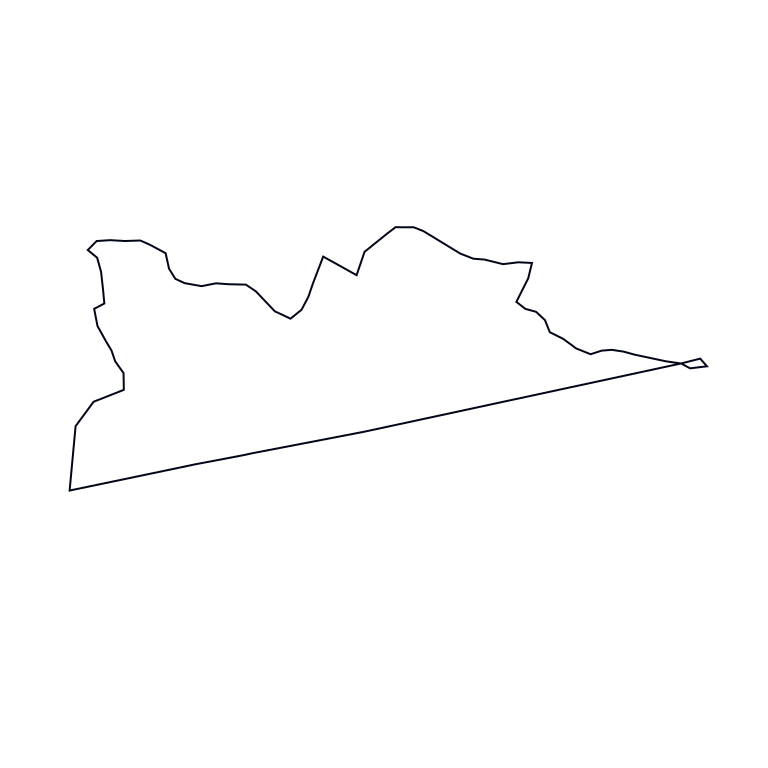 Vera Cruz, Rio Grande do Norte, Brazil, rotated 190°
{"feature_id": "56859067B57046427272497", "entity_name": "Vera Cruz", "entity_type": "district", "adm_level": 2, "iso_a3": "BRA", "parent_name": "Brazil", "parent_adm1": "Rio Grande do Norte", "projection": "albers", "projection_center": [-35.443, -6.033], "detail": "fine", "context": "isolated", "style": "outline", "palette": "ink", "viewbox_px": 768, "rotation_deg": 190, "n_neighbors": 0, "source": "geoboundaries", "source_scale": "gbopen_adm2", "svg_char_len": 1048}
<svg xmlns="http://www.w3.org/2000/svg" viewBox="0 0 768 768"><g transform="rotate(190 384 384)"><path d="M95.0,455.8L110.2,455.3L124.4,455.8L142.1,456.4L153.6,457.5L165.6,457.2L175.3,454.7L185.7,449.2L200.9,452.4L215.5,459.6L229.7,463.8L236.6,474.9L246.8,481.5L257.8,482.5L267.9,487.9L260.3,513.2L259.3,528.9L272.8,527.2L287.6,522.7L306.6,524.0L317.8,522.9L331.6,525.7L371.7,541.4L381.9,543.5L399.9,540.4L407.5,532.1L426.1,510.8L429.9,486.4L450.0,493.4L466.0,498.9L471.5,470.4L473.6,456.8L478.1,442.8L487.4,432.1L504.1,436.6L526.3,453.0L537.3,457.9L554.0,455.3L566.9,454.0L580.6,448.7L597.9,448.7L607.7,451.3L615.7,460.2L621.8,474.9L638.5,480.4L648.9,483.0L664.1,479.8L678.7,478.1L691.8,474.9L699.0,464.5L688.4,458.5L682.1,445.3L677.0,427.9L673.4,414.7L682.5,407.7L676.2,391.3L664.8,377.3L658.2,369.7L652.7,359.7L642.4,349.5L639.2,333.1L666.9,316.1L680.4,288.9L675.1,224.5L555.0,272.5L510.6,289.3L501.3,293.1L395.4,333.5L95.0,455.8ZM77.0,463.9L95.0,455.8L85.3,452.6L69.0,457.5L77.0,463.9Z" fill="none" stroke="#020617" stroke-width="2"/></g></svg>